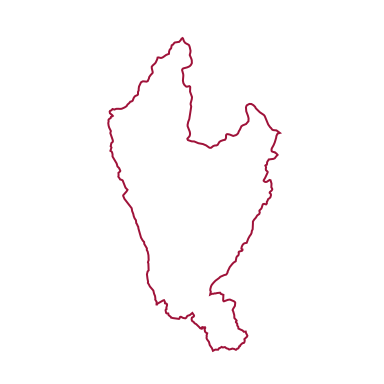 Sin Ho, Lai Chau, Vietnam (Natural Earth projection), rotated 203°
{"feature_id": "81297802B88663047044628", "entity_name": "Sin Ho", "entity_type": "district", "adm_level": 2, "iso_a3": "VNM", "parent_name": "Vietnam", "parent_adm1": "Lai Chau", "projection": "natural_earth1", "projection_center": [103.292, 22.251], "detail": "fine", "context": "isolated", "style": "outline", "palette": "rose", "viewbox_px": 384, "rotation_deg": 203, "n_neighbors": 0, "source": "geoboundaries", "source_scale": "gbopen_adm2", "svg_char_len": 6005}
<svg xmlns="http://www.w3.org/2000/svg" viewBox="0 0 384 384"><g transform="rotate(203 192 192)"><path d="M201.3,102.9L201.8,101.5L201.3,98.6L199.1,94.8L197.4,92.3L197.1,91.1L195.5,90.0L193.9,88.6L189.1,86.2L187.2,83.6L185.3,81.7L184.1,79.6L183.8,78.6L181.6,77.0L180.7,74.6L180.3,74.7L180.2,75.6L179.7,76.3L176.2,80.9L175.5,81.5L174.1,80.4L173.4,79.0L173.0,78.9L172.0,79.3L171.1,78.9L170.7,77.9L170.4,75.5L169.7,74.3L170.2,73.6L170.1,72.8L168.6,70.6L167.8,70.4L166.4,70.9L165.4,69.5L162.6,68.7L162.2,68.2L160.3,68.5L154.4,70.1L154.1,70.6L154.2,72.1L153.9,72.5L153.5,72.8L150.9,72.6L148.8,73.1L148.1,74.1L148.1,75.3L147.7,76.3L145.9,77.9L144.4,80.8L142.2,79.4L141.7,78.8L141.8,77.9L143.0,76.3L142.7,74.8L141.9,73.7L141.2,73.2L139.9,73.1L138.3,72.2L136.5,72.0L132.6,70.5L131.3,69.8L129.6,69.9L129.4,70.1L129.6,70.6L130.2,70.9L130.0,71.3L129.4,71.8L128.5,71.6L128.5,71.9L127.3,72.5L127.1,72.1L126.7,72.0L126.6,70.1L125.9,69.4L125.5,68.6L124.2,68.0L122.8,67.9L122.5,65.6L122.0,64.9L121.9,64.1L121.3,62.9L120.5,62.2L117.8,60.6L115.8,58.0L112.6,56.0L110.7,54.0L109.0,56.0L106.3,57.1L106.0,58.8L105.1,59.6L104.2,61.0L102.9,60.9L101.1,62.1L99.2,61.6L97.6,61.8L96.3,61.5L94.4,62.9L93.8,63.6L91.9,64.0L89.9,63.9L89.5,64.5L89.2,65.4L88.4,66.0L88.2,66.4L88.2,68.5L87.6,68.8L87.6,70.1L86.6,72.3L86.2,72.8L85.4,73.2L85.2,73.7L85.1,74.5L85.5,76.0L86.3,77.0L84.8,80.4L84.9,81.4L87.3,83.4L88.0,84.5L89.7,83.6L91.4,84.3L95.9,84.4L96.8,86.0L98.1,86.7L99.0,88.5L100.7,89.3L100.9,89.8L100.6,90.7L100.7,91.1L103.8,92.6L105.0,95.2L107.4,98.2L108.5,99.2L108.5,100.5L108.0,103.9L108.9,106.9L109.4,107.4L110.7,107.8L115.1,107.8L116.9,106.7L119.7,104.0L120.2,103.8L120.8,104.2L121.3,105.2L122.9,109.6L125.8,109.5L126.5,110.2L126.8,110.3L129.4,108.8L130.7,107.8L131.4,107.6L132.5,106.7L134.0,106.0L135.2,104.6L135.8,107.7L136.7,108.5L137.2,109.8L137.6,112.6L137.5,114.3L136.7,117.0L135.7,119.6L133.5,123.3L132.8,125.0L129.9,128.1L128.4,129.2L128.1,129.7L127.8,131.8L128.1,132.6L127.9,137.6L126.9,141.2L126.1,143.3L124.7,145.3L125.5,148.8L125.5,149.8L125.3,150.6L124.6,151.7L124.6,152.2L124.8,153.5L125.5,154.7L125.5,155.1L125.3,155.6L123.1,157.3L122.8,158.0L123.1,158.9L124.1,158.9L124.5,159.3L124.8,161.0L124.8,162.3L124.6,163.7L123.8,165.2L121.8,166.6L122.0,171.0L121.7,174.0L121.2,176.1L121.2,177.7L121.7,179.6L121.6,181.4L123.6,186.8L124.3,188.4L124.3,189.2L124.0,190.9L123.2,193.3L122.8,195.9L121.5,198.0L121.6,199.6L122.6,200.9L122.6,201.6L121.7,203.8L121.7,204.9L122.0,207.9L121.8,208.7L120.9,209.3L119.0,209.5L118.6,210.6L119.3,212.3L119.0,213.7L119.2,214.9L118.9,215.6L118.3,216.4L117.8,217.7L118.0,219.7L118.5,220.8L120.2,221.6L120.3,222.4L119.3,224.4L119.1,225.6L119.6,226.5L120.8,227.3L122.1,230.8L124.3,233.5L125.3,233.4L127.2,230.5L128.5,229.9L129.4,229.9L130.4,230.3L130.6,230.8L130.2,233.7L130.0,239.6L130.3,240.2L132.4,241.0L133.1,242.0L133.4,243.5L134.1,244.4L134.8,244.9L134.7,245.4L133.8,246.4L134.0,247.5L134.4,248.4L134.5,249.5L134.1,251.1L134.1,251.9L130.0,254.3L129.0,255.4L128.4,257.8L127.7,259.6L129.5,260.5L130.7,260.6L131.3,261.0L132.7,260.6L134.4,260.6L134.9,261.1L135.4,262.2L135.6,263.3L135.2,266.9L135.2,270.0L135.7,274.6L136.2,276.7L136.1,278.6L136.0,279.2L134.2,280.7L138.3,281.7L141.5,280.7L142.7,280.8L144.1,281.7L145.3,282.1L148.2,283.9L154.7,290.3L156.0,291.0L160.7,291.9L165.5,293.8L166.4,294.3L167.1,295.0L169.3,295.9L171.7,296.2L173.6,295.5L175.3,293.4L175.5,292.6L175.4,291.0L173.6,287.5L170.2,283.9L168.7,281.9L167.7,279.2L168.8,275.7L171.2,273.3L172.2,271.8L172.3,268.1L172.6,266.2L172.5,264.1L173.0,262.7L173.8,261.5L176.0,259.7L179.9,259.6L181.8,259.2L182.5,258.8L182.8,258.2L182.8,257.5L181.8,255.0L181.9,253.2L182.1,252.9L183.8,251.7L185.6,250.0L186.4,248.6L186.8,245.5L187.6,244.5L189.2,243.7L190.4,242.6L191.7,240.2L192.7,239.7L193.5,239.6L197.2,240.4L200.7,240.4L205.2,239.4L209.7,239.4L212.1,238.5L216.0,238.2L216.8,238.8L217.1,239.3L216.1,242.2L216.2,243.8L216.7,245.2L217.7,246.7L221.7,250.8L222.3,252.1L222.9,255.1L223.0,258.1L226.1,270.3L227.6,272.3L227.9,273.2L228.5,277.5L229.1,279.4L233.0,283.6L234.6,287.8L234.9,288.2L235.8,288.4L237.9,286.9L238.8,286.8L241.0,287.7L242.5,288.9L243.9,291.0L245.4,295.6L246.1,297.0L248.8,300.4L248.8,301.4L248.4,302.3L245.3,304.7L243.9,306.1L243.1,307.3L242.6,308.8L242.5,310.6L243.7,313.2L244.8,314.5L247.6,317.2L248.0,319.7L248.5,321.4L250.7,324.5L252.0,325.9L252.8,326.2L256.1,326.5L257.0,326.8L258.6,327.9L260.1,329.6L260.8,330.0L261.5,329.1L261.7,327.5L262.5,325.2L266.2,322.9L266.7,321.9L267.0,320.4L268.0,319.1L267.4,316.2L267.6,315.4L268.1,314.5L268.0,312.5L267.2,310.2L269.3,308.1L271.4,304.7L272.3,303.7L273.1,303.2L275.4,302.8L276.2,302.3L275.9,300.6L276.0,297.0L276.3,295.9L277.7,292.9L278.0,291.5L277.3,290.1L275.0,287.0L274.8,286.1L275.8,283.4L276.3,281.0L276.0,279.7L276.1,276.7L277.0,275.8L279.7,275.0L280.7,274.5L281.8,273.0L282.0,268.4L281.5,266.5L280.8,264.7L280.8,263.0L279.9,260.9L279.9,260.5L280.1,259.9L281.7,258.2L282.1,257.4L282.4,255.8L282.3,252.9L283.0,251.8L284.1,251.0L284.5,249.4L285.5,247.3L285.8,245.4L287.0,243.6L288.9,241.5L289.8,240.8L293.5,239.3L294.3,238.9L295.6,237.6L297.6,237.3L298.1,235.7L299.1,234.7L299.2,233.8L298.3,232.4L295.5,231.6L294.6,231.1L294.8,230.7L295.9,229.6L295.8,228.1L296.6,227.2L297.0,226.2L297.0,225.5L296.4,224.6L296.0,222.7L294.7,220.5L293.4,218.9L290.5,216.4L290.2,214.3L285.5,209.1L284.7,208.0L284.6,207.0L285.3,205.6L285.2,204.5L284.9,203.6L284.8,202.4L283.5,201.5L283.2,198.0L281.9,197.8L281.1,197.3L279.9,195.7L279.0,193.6L272.5,188.8L270.6,186.4L268.4,185.5L266.3,183.5L266.2,182.9L267.2,180.9L266.1,178.7L265.8,177.3L264.1,176.3L263.1,175.5L261.4,175.7L260.3,175.5L254.9,170.0L252.2,168.8L252.5,166.8L254.0,162.3L253.9,161.6L251.5,159.3L241.2,153.5L239.6,151.0L237.6,149.0L236.1,146.9L234.5,145.3L232.6,144.1L231.1,141.5L229.8,140.7L229.0,139.7L228.1,139.2L227.0,137.4L221.1,130.1L218.3,128.0L216.6,127.3L215.6,125.5L211.5,122.5L211.0,121.0L209.5,119.8L207.4,116.8L205.3,112.4L205.1,110.1L204.2,109.1L201.3,102.9Z" fill="none" stroke="#9f1239" stroke-width="2"/></g></svg>